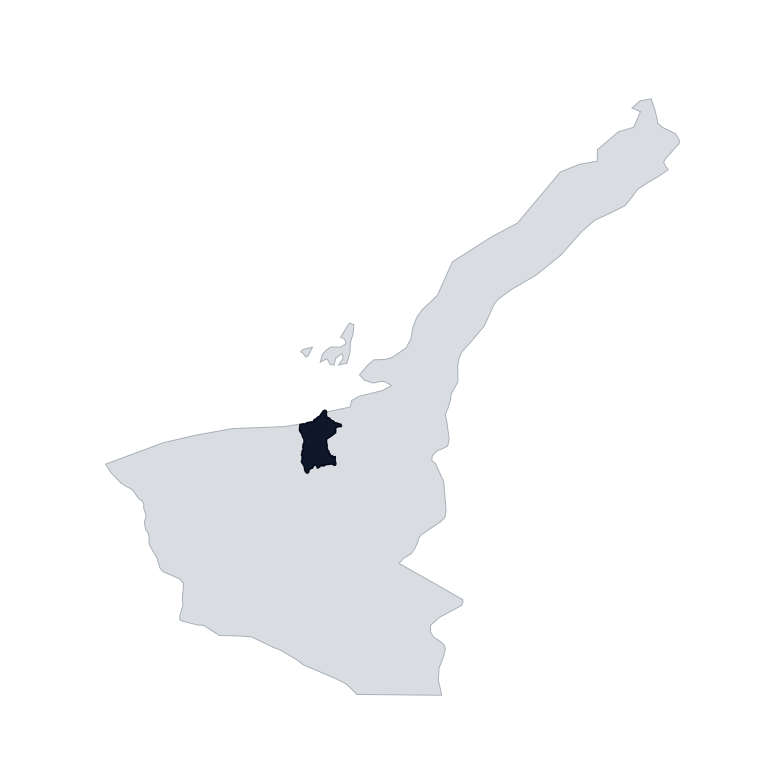 location of Shieb, Semenawi Keyih Bahri, Eritrea, rotated 276°
{"feature_id": "51966322B10496032300276", "entity_name": "Shieb", "entity_type": "district", "adm_level": 2, "iso_a3": "ERI", "parent_name": "Eritrea", "parent_adm1": "Semenawi Keyih Bahri", "projection": "orthographic", "projection_center": [39.092, 15.818], "detail": "fine", "context": "in_parent", "style": "filled", "palette": "ink", "viewbox_px": 768, "rotation_deg": 276, "n_neighbors": 0, "source": "geoboundaries", "source_scale": "gbopen_adm2", "svg_char_len": 7796}
<svg xmlns="http://www.w3.org/2000/svg" viewBox="0 0 768 768"><g transform="rotate(276 384 384)"><path d="M80.5,473.7L77.8,446.0L76.1,427.6L74.2,408.0L72.4,389.6L81.4,378.4L85.6,367.7L96.4,332.9L100.7,326.0L109.1,307.3L110.3,301.9L118.7,278.4L118.1,262.8L116.6,246.9L121.1,237.6L125.1,230.1L124.9,223.8L126.9,209.0L128.2,205.4L133.0,205.2L142.9,207.2L150.2,205.8L158.6,205.8L165.0,205.4L168.9,200.9L174.3,183.8L177.7,180.3L180.4,179.3L187.8,176.2L194.2,171.2L199.3,167.7L201.3,166.9L206.7,166.5L212.2,164.4L214.7,162.0L221.6,160.1L228.3,161.2L232.9,159.2L235.9,157.8L239.3,157.7L242.5,155.7L243.8,152.7L245.9,150.7L251.1,146.3L253.6,143.0L254.6,139.8L255.7,137.2L258.0,132.8L267.2,121.9L275.2,115.5L302.7,171.0L313.9,203.7L323.8,237.9L331.2,289.3L338.3,315.5L349.7,328.3L357.5,352.7L364.2,353.6L369.1,360.4L377.4,383.2L383.4,391.7L386.5,384.4L386.2,380.2L383.8,373.1L385.9,364.0L390.6,358.6L401.2,365.9L407.0,371.5L408.6,382.8L411.1,389.0L422.2,402.2L431.6,406.0L443.8,406.9L454.0,409.7L462.2,414.5L477.6,427.8L512.7,439.3L541.2,475.1L558.0,499.9L613.1,537.1L622.8,555.1L627.9,572.8L639.4,571.8L659.4,590.9L665.4,605.6L681.7,610.6L684.3,601.8L692.2,608.9L695.6,619.9L685.3,624.6L673.9,628.7L672.3,628.6L668.5,633.8L663.3,647.9L657.4,652.1L654.3,652.5L636.3,639.7L633.5,639.0L629.7,641.6L626.9,644.3L618.5,634.5L612.3,625.8L603.7,615.5L595.5,610.9L586.6,605.1L577.8,591.4L568.8,576.4L555.6,564.2L531.0,546.6L508.4,524.1L491.1,500.6L480.0,488.4L475.2,485.3L452.4,477.7L436.4,467.0L424.1,458.1L416.6,455.8L409.3,455.5L393.8,457.3L380.9,451.8L375.5,451.8L366.8,450.2L360.0,448.2L352.1,450.6L335.7,454.6L329.0,453.8L325.4,448.2L323.2,443.9L317.5,439.5L312.9,439.5L310.3,443.5L293.2,453.5L264.6,459.0L257.8,458.5L252.8,454.5L238.4,437.3L234.3,434.5L231.0,434.2L224.3,432.1L218.1,428.8L212.7,421.7L207.2,417.7L201.2,431.4L190.7,455.5L185.0,468.4L177.7,484.9L175.5,485.4L171.8,484.2L157.7,463.4L148.8,455.5L142.1,456.2L137.2,460.0L134.0,466.8L130.6,471.1L127.0,472.7L119.2,471.8L107.3,468.4L94.9,469.0L82.2,473.5L80.5,473.7ZM416.1,336.8L419.9,341.9L422.6,341.4L424.7,339.7L426.1,336.0L440.8,343.1L440.0,347.8L431.3,348.1L421.2,346.2L411.9,346.9L400.8,344.9L398.2,336.9L405.3,340.7L408.9,339.7L409.6,338.7L404.5,333.3L397.5,332.2L398.0,328.0L401.1,326.3L403.0,324.2L399.0,318.3L406.9,319.6L411.9,323.2L415.2,327.3L416.1,336.8ZM409.9,299.8L413.1,309.0L404.1,305.5L402.6,303.6L406.5,299.9L407.3,297.7L409.9,299.8Z" fill="#d9dde1" stroke="#a8b0b8" stroke-width="1"/><path d="M298.3,344.2L298.5,344.3L299.4,344.4L300.4,344.3L301.0,344.2L301.2,343.7L301.7,343.4L302.4,343.4L303.0,343.5L303.6,343.2L305.0,343.3L305.9,343.2L306.2,343.1L306.5,343.1L306.4,342.9L306.4,342.7L306.1,342.6L306.2,342.4L306.3,342.3L306.3,342.2L306.2,342.1L306.4,341.7L306.4,341.4L306.5,341.1L306.5,340.8L306.6,340.6L306.5,340.3L306.7,340.2L306.9,340.2L306.5,339.8L306.4,339.7L306.6,339.4L306.8,339.3L306.8,339.1L307.1,339.0L307.2,338.8L307.3,338.8L307.4,338.7L307.2,338.2L307.3,337.8L307.6,337.7L307.9,337.7L308.2,337.6L308.4,337.3L308.6,337.5L308.8,337.3L309.1,337.3L309.1,337.2L309.3,336.8L309.7,336.6L310.0,336.4L310.7,336.4L311.0,336.3L311.5,335.9L312.0,335.4L312.3,335.2L312.6,335.0L313.1,334.6L313.8,334.2L314.2,334.1L314.9,334.0L315.4,334.0L315.9,334.0L317.2,333.8L317.7,333.7L318.1,333.5L318.9,333.4L319.0,333.2L319.6,333.1L319.8,333.0L320.6,332.8L321.1,332.7L321.9,332.8L323.6,332.7L323.6,333.1L323.9,333.5L325.3,335.2L325.5,335.6L326.2,336.2L327.1,337.5L327.4,337.7L327.8,338.2L328.2,338.5L328.4,338.8L328.6,338.9L328.9,339.2L329.5,339.8L329.7,340.2L330.4,340.9L330.5,340.9L331.1,340.9L331.8,340.9L332.2,340.9L332.8,340.9L333.4,340.6L333.5,340.5L334.1,340.5L334.4,340.5L335.0,340.6L335.5,340.9L335.6,341.2L335.8,341.4L336.2,341.7L336.3,341.9L336.6,342.8L336.7,343.5L336.8,343.7L337.0,344.0L337.0,344.3L337.0,344.5L337.2,344.9L337.2,345.7L337.6,345.8L337.7,346.0L337.9,346.1L338.0,346.1L338.6,345.8L338.9,345.6L339.0,345.3L339.2,344.9L339.5,344.9L339.5,344.7L339.5,344.4L339.4,344.2L339.6,343.8L339.7,343.4L339.9,342.6L339.9,342.4L339.9,342.2L340.2,341.7L340.0,341.4L340.1,341.2L340.3,340.7L340.2,340.2L340.3,339.7L340.2,339.6L340.3,339.3L340.6,338.8L340.8,338.6L341.4,338.1L341.8,337.6L342.0,337.3L342.2,335.8L342.5,335.2L343.0,334.8L343.3,334.4L343.5,334.2L344.1,333.6L344.3,333.2L344.5,332.8L344.8,331.5L345.2,330.8L345.4,330.6L346.1,330.3L347.0,330.1L347.3,330.0L347.8,329.8L348.5,329.7L348.9,329.8L350.4,329.8L350.7,329.6L350.9,329.4L351.2,329.4L351.3,329.3L351.4,329.1L351.6,328.7L351.6,328.3L351.6,328.1L351.5,327.5L351.4,327.1L351.1,326.7L350.9,326.5L350.5,326.2L349.8,325.8L348.7,325.2L348.1,324.8L347.4,324.5L346.0,323.8L345.3,323.3L344.8,322.7L344.7,322.5L344.5,322.3L344.5,322.1L344.4,321.9L344.3,321.7L343.9,321.3L343.4,320.9L342.3,320.1L342.0,319.8L341.5,319.0L341.6,318.9L341.5,318.6L341.1,318.3L340.8,318.1L340.5,318.0L339.2,317.9L338.9,317.7L338.8,317.3L338.8,317.1L338.8,316.5L338.6,316.2L338.6,315.9L338.5,315.6L338.6,315.4L338.7,315.2L338.6,314.9L338.2,314.1L338.1,313.8L338.0,313.1L337.8,312.4L337.5,311.7L337.4,311.5L337.0,311.2L336.9,310.9L336.6,310.8L336.3,310.4L336.2,310.2L336.0,309.8L336.0,309.7L335.9,309.0L335.8,308.6L335.8,308.4L335.9,308.1L335.9,307.6L335.8,307.3L335.5,306.6L335.3,306.1L335.2,305.9L335.0,304.8L334.3,304.8L333.0,304.6L332.0,304.6L331.0,304.7L330.4,304.7L329.8,304.7L329.2,304.8L328.7,305.0L328.4,305.2L327.9,305.5L327.3,306.0L327.2,306.1L326.9,306.4L326.3,306.9L326.1,307.3L325.8,307.5L325.3,307.6L324.5,307.9L324.1,308.0L323.8,308.3L322.8,308.7L322.4,308.9L321.5,309.7L321.1,309.9L320.6,310.1L320.3,310.2L318.9,310.5L318.1,310.6L316.9,310.5L316.3,310.2L315.8,310.0L315.5,309.9L315.3,309.9L314.9,309.8L313.8,310.0L313.4,309.9L313.2,309.8L312.9,309.8L312.2,310.0L311.9,310.1L311.0,310.5L310.7,310.5L310.1,310.6L309.9,310.2L309.6,309.9L309.1,309.9L308.8,309.7L308.6,309.6L308.5,309.8L308.4,309.8L308.0,309.6L307.9,309.6L307.6,309.7L307.3,309.6L307.2,309.6L306.8,309.9L306.7,309.7L306.3,309.7L306.1,309.8L305.7,309.7L305.4,309.6L305.4,309.4L305.0,309.4L304.6,309.4L304.3,309.5L304.2,309.8L304.0,310.0L303.9,310.3L303.8,310.2L303.6,310.2L303.4,310.4L303.2,310.4L303.0,310.5L302.6,310.5L302.4,310.4L302.4,310.2L302.2,310.1L302.0,310.4L301.9,310.5L301.6,310.5L301.3,310.6L301.2,310.6L301.0,310.8L300.9,310.8L300.7,310.7L300.6,310.4L300.0,310.4L299.4,310.1L298.7,310.1L298.3,310.0L298.1,310.0L297.9,310.3L297.7,310.4L297.3,310.5L297.2,310.6L296.8,310.7L296.6,311.1L295.5,312.0L293.2,313.4L290.8,314.0L290.1,314.2L289.4,314.5L288.8,315.0L288.5,315.1L288.4,315.3L288.1,315.6L287.7,315.9L287.4,316.4L287.4,316.9L287.4,317.4L287.6,317.6L288.3,318.2L289.6,318.4L290.1,318.3L290.6,318.3L290.9,318.4L291.1,318.9L291.6,319.4L292.0,319.8L292.7,321.0L292.8,321.4L292.8,321.6L293.5,321.9L293.9,322.0L294.2,322.1L294.4,322.3L294.6,322.4L294.8,322.4L295.0,322.1L295.6,322.0L295.9,322.1L296.0,322.2L296.0,322.4L295.9,322.4L295.9,322.6L295.9,322.8L295.8,323.1L296.2,323.2L296.3,323.3L296.2,324.4L295.9,325.2L295.8,325.3L295.2,325.7L295.0,325.8L294.9,325.8L293.7,326.3L293.5,326.6L293.5,326.8L293.6,327.0L293.8,327.2L294.0,327.4L294.1,327.9L294.2,328.0L295.0,328.6L295.1,329.0L295.3,329.1L295.8,329.0L296.0,329.0L296.3,329.2L296.4,329.6L296.7,329.9L296.7,330.0L296.7,330.4L296.7,330.5L296.3,331.0L296.0,331.1L296.0,331.3L296.1,331.6L296.5,331.8L296.8,332.3L297.6,332.6L297.4,332.7L297.1,332.8L296.9,332.8L296.7,332.9L296.4,332.9L296.4,333.0L296.6,333.3L296.8,333.5L297.1,333.7L297.2,333.8L297.2,334.1L297.3,334.4L297.6,334.9L297.8,335.1L298.0,335.5L298.1,336.0L298.0,336.8L298.0,337.0L298.3,337.4L298.7,338.2L298.7,338.5L298.6,338.9L298.6,339.2L298.7,339.4L298.9,339.6L299.0,339.9L299.0,340.1L299.0,340.3L299.0,340.5L298.6,341.2L298.5,341.4L298.5,341.6L298.6,342.3L298.5,342.5L298.4,342.7L297.9,343.0L298.0,343.2L298.1,343.4L298.3,344.2Z" fill="#0f172a" stroke="#020617" stroke-width="1.5"/></g></svg>